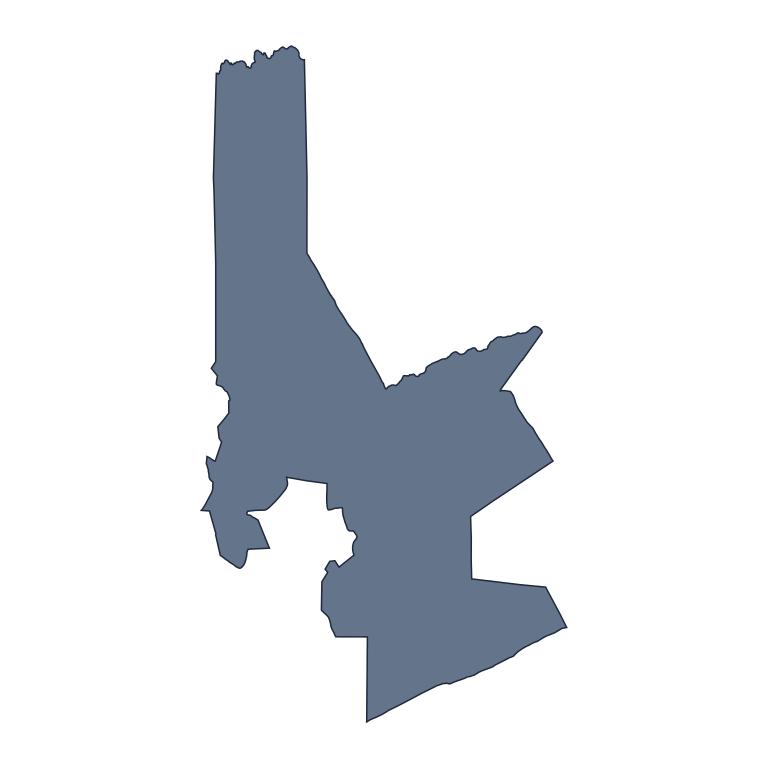 outline of Mandlakaze, Gaza, Mozambique
{"feature_id": "85939544B24219595709494", "entity_name": "Mandlakaze", "entity_type": "district", "adm_level": 2, "iso_a3": "MOZ", "parent_name": "Mozambique", "parent_adm1": "Gaza", "projection": "equal_earth", "projection_center": [34.02, -24.531], "detail": "fine", "context": "isolated", "style": "filled", "palette": "slate", "viewbox_px": 768, "rotation_deg": 0, "n_neighbors": 0, "source": "geoboundaries", "source_scale": "gbopen_adm2", "svg_char_len": 6017}
<svg xmlns="http://www.w3.org/2000/svg" viewBox="0 0 768 768"><path d="M215.6,534.7L220.3,555.4L223.2,557.4L225.0,558.9L225.6,559.1L225.9,559.5L227.5,560.5L229.3,562.0L233.9,564.9L235.0,565.9L236.8,567.1L239.3,568.2L240.2,568.2L240.9,567.9L242.5,566.6L243.4,565.3L243.7,565.1L244.9,562.8L246.0,559.0L246.6,556.2L247.0,552.0L248.1,549.2L269.4,548.2L258.0,520.1L255.2,518.3L252.4,517.0L251.2,515.8L249.6,515.1L248.7,515.1L247.5,514.7L246.8,513.8L246.8,513.2L247.6,511.3L255.1,510.4L264.6,510.1L266.1,509.7L268.6,508.0L275.1,501.7L280.3,495.8L285.7,489.1L287.2,485.7L287.5,484.5L287.5,482.7L286.6,477.3L307.4,480.9L327.0,483.5L327.0,488.5L326.7,496.3L326.8,502.9L327.0,503.4L327.1,506.8L327.8,509.2L328.5,509.9L329.3,509.9L331.9,509.4L335.0,508.2L338.4,508.1L339.9,507.7L342.0,507.8L342.3,508.1L342.5,508.7L342.6,512.0L343.1,515.6L344.7,520.9L344.7,521.4L346.3,525.3L347.3,528.6L348.6,530.4L349.5,530.9L353.1,531.0L354.2,531.9L355.5,534.0L356.3,534.8L357.0,536.4L356.7,538.0L356.4,538.2L356.0,539.1L354.1,541.4L353.4,543.0L353.0,544.6L352.6,547.6L352.7,550.4L353.4,553.5L354.0,555.1L339.0,567.1L334.9,560.7L329.8,561.3L325.1,569.2L327.7,572.4L321.9,581.7L321.4,610.0L322.2,611.1L323.2,611.8L323.8,612.6L326.8,615.3L328.4,617.1L329.6,620.1L330.5,623.6L331.0,626.4L331.7,628.5L333.8,632.5L335.0,635.4L335.8,636.8L367.4,636.9L366.7,721.9L370.1,719.8L377.1,716.8L383.0,713.9L388.6,710.4L399.4,705.1L421.3,693.5L436.7,685.8L443.4,683.5L444.1,683.4L444.7,683.6L446.5,683.2L449.4,683.9L451.0,683.4L453.8,682.1L464.6,678.3L466.0,677.7L466.9,677.0L470.0,676.5L474.3,675.0L477.7,673.1L478.1,672.6L481.5,671.0L492.7,666.8L495.0,665.1L508.0,658.5L509.2,657.7L510.5,657.4L513.4,656.2L515.7,653.7L518.3,651.4L522.7,648.4L527.2,645.9L529.1,645.2L530.9,644.0L534.7,642.2L537.5,641.3L543.0,637.8L546.3,636.1L554.8,632.7L562.0,628.4L566.7,627.5L560.0,614.1L545.6,587.1L520.2,584.7L471.7,578.9L471.2,559.3L471.3,539.2L470.6,516.5L492.9,501.1L553.0,461.1L551.3,458.5L548.7,453.8L548.4,453.5L548.0,452.6L547.7,452.4L547.0,451.0L544.3,447.0L541.9,442.8L538.4,437.9L535.5,433.0L533.5,429.3L532.6,428.0L527.2,422.4L523.6,416.9L523.4,416.3L523.0,416.0L520.2,411.6L519.8,411.3L519.6,410.5L519.1,410.2L517.1,406.4L515.9,403.8L514.6,399.2L513.1,395.2L512.7,395.0L512.0,393.5L511.7,393.3L510.7,391.8L510.2,391.5L505.3,390.7L501.7,390.6L500.3,390.9L500.5,389.7L521.6,360.4L522.2,360.2L542.1,332.4L541.8,330.6L539.8,328.4L537.2,326.8L534.9,326.4L533.4,326.8L531.3,328.4L529.4,330.3L526.3,332.5L525.1,332.9L523.6,333.2L522.8,333.0L521.3,333.6L519.8,333.5L518.7,332.9L517.3,333.0L516.3,334.0L512.4,335.4L510.9,336.2L507.5,336.3L505.8,337.1L502.5,337.4L501.0,336.8L497.4,337.2L494.2,339.5L493.0,340.8L491.0,341.8L490.0,343.0L489.2,344.6L487.9,346.1L487.9,347.5L487.2,348.9L485.9,349.3L483.6,349.6L482.3,350.6L480.9,351.2L478.0,351.2L476.8,350.3L476.0,349.0L475.1,348.1L474.0,347.9L472.4,348.1L470.7,349.1L468.2,349.8L464.5,353.4L462.4,354.3L460.5,354.5L459.2,353.9L456.5,352.0L455.2,351.9L453.8,352.3L451.5,353.8L449.2,356.6L448.2,356.8L447.2,358.2L445.9,358.7L442.0,359.2L438.1,361.1L432.6,363.3L428.1,366.1L426.9,367.0L426.2,367.9L425.6,370.9L424.9,372.1L424.1,372.8L419.8,374.4L419.1,375.1L418.7,376.0L417.7,376.5L416.1,376.2L415.2,375.6L414.6,374.8L413.4,374.2L410.6,375.0L409.6,374.8L408.9,375.9L404.5,375.7L403.5,375.8L401.3,380.3L399.7,381.7L399.6,382.1L397.4,384.5L395.8,385.5L393.2,385.0L391.9,385.0L388.7,386.5L387.4,387.5L386.9,388.4L386.4,388.6L386.1,389.0L385.7,388.9L385.3,388.3L384.2,386.1L383.6,384.0L383.1,383.0L382.3,382.3L379.3,376.0L370.9,361.1L367.8,355.1L367.5,354.8L367.1,353.8L363.8,347.5L362.2,343.7L361.8,343.5L359.5,338.6L357.3,335.5L353.1,330.8L352.7,330.4L349.1,325.7L348.7,325.3L347.9,323.9L347.0,322.8L345.3,319.6L344.9,319.3L344.4,318.2L344.1,317.9L341.8,314.1L341.4,313.8L340.9,312.8L339.4,310.8L336.3,305.6L334.6,300.7L334.0,299.7L333.6,299.4L333.3,298.7L332.9,298.4L332.1,297.1L331.8,296.8L331.6,296.2L331.2,295.9L331.0,295.3L330.6,295.1L329.9,294.0L329.5,292.9L329.1,292.6L326.6,288.1L324.1,282.9L321.2,278.1L319.6,274.6L317.5,270.7L314.0,264.8L311.0,260.3L309.2,256.8L306.9,253.4L307.0,177.5L304.4,59.7L303.0,59.8L301.3,59.1L300.2,58.3L298.9,55.9L299.0,53.3L298.7,52.3L297.6,50.1L295.1,47.8L293.4,47.2L292.0,46.2L291.1,46.1L288.8,47.3L287.7,48.6L286.9,49.0L285.2,48.7L283.8,47.4L282.9,47.0L282.1,47.2L280.9,48.0L279.8,48.9L278.8,50.2L278.3,50.5L275.3,51.3L274.3,50.9L274.0,51.5L273.1,55.2L272.9,55.6L271.3,55.9L270.9,57.5L270.4,58.2L269.6,58.7L267.2,57.8L266.7,57.3L266.9,56.4L266.4,55.6L265.9,55.3L265.5,54.1L265.4,53.4L264.7,53.0L264.0,53.0L263.6,53.7L263.8,54.1L263.3,54.7L262.6,54.5L261.6,53.5L261.1,52.4L259.7,51.9L257.9,50.4L256.8,50.4L256.1,51.0L255.6,51.1L254.6,52.6L254.6,55.1L254.4,55.4L254.3,55.9L254.4,57.2L254.1,57.7L254.5,59.0L254.3,59.5L254.5,60.0L255.3,61.8L255.1,62.2L253.5,62.8L252.4,63.5L251.3,65.4L251.2,65.8L251.4,66.4L251.0,67.0L250.9,67.9L250.3,68.1L249.0,67.9L248.2,66.7L247.3,66.7L246.8,67.2L246.4,66.3L245.8,64.0L245.2,63.1L244.1,61.9L242.6,61.1L240.0,61.2L238.5,62.1L236.8,61.9L236.3,62.2L235.4,63.2L234.1,63.2L233.6,64.4L232.4,64.7L231.9,64.2L231.5,63.2L231.2,63.0L230.9,63.0L230.5,64.3L230.1,64.3L227.7,60.8L227.0,60.3L225.9,60.1L225.0,60.7L224.5,62.5L223.5,63.4L223.4,63.7L223.0,63.8L222.6,63.2L222.4,63.2L221.6,63.8L220.7,66.5L220.6,68.2L220.8,69.5L220.7,70.2L219.7,71.0L219.1,73.6L218.4,74.0L217.9,73.9L217.2,73.2L216.3,73.3L213.4,178.0L214.0,190.8L215.7,262.4L215.7,361.7L211.3,368.3L217.4,375.8L216.3,382.9L216.3,383.9L216.5,384.6L217.4,385.1L220.1,385.9L222.7,387.3L223.9,389.2L224.9,390.4L226.0,391.3L227.1,391.9L227.5,392.5L229.2,396.3L229.7,398.2L229.9,399.8L229.9,400.1L228.7,400.9L228.8,413.1L223.4,420.1L217.8,426.7L219.1,438.2L221.6,442.1L215.2,461.2L213.8,460.7L209.0,457.5L207.0,456.5L206.3,463.8L207.4,466.3L207.5,467.5L208.3,469.5L208.3,471.2L208.9,474.1L209.2,477.7L210.1,479.4L211.4,480.9L212.7,481.7L212.9,483.4L212.7,489.2L212.0,491.9L204.7,505.6L202.8,508.6L201.3,510.4L209.5,511.0L215.9,533.7L215.6,534.7Z" fill="#64748b" stroke="#1e293b" stroke-width="1.5"/></svg>